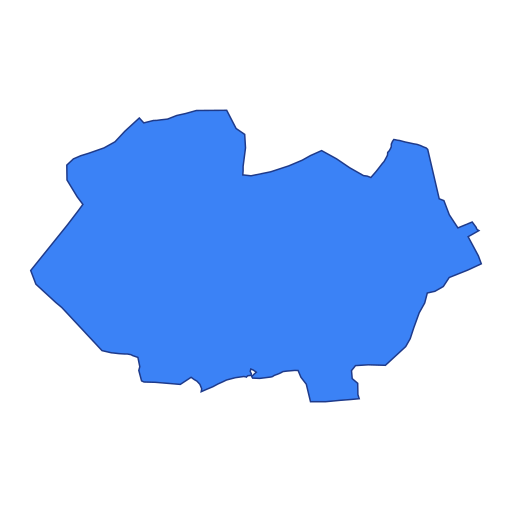 outline of Miga, Jigawa, Nigeria
{"feature_id": "59680162B14319741144045", "entity_name": "Miga", "entity_type": "district", "adm_level": 2, "iso_a3": "NGA", "parent_name": "Nigeria", "parent_adm1": "Jigawa", "projection": "albers", "projection_center": [9.714, 12.229], "detail": "fine", "context": "isolated", "style": "filled", "palette": "blue", "viewbox_px": 512, "rotation_deg": 0, "n_neighbors": 0, "source": "geoboundaries", "source_scale": "gbopen_adm2", "svg_char_len": 2123}
<svg xmlns="http://www.w3.org/2000/svg" viewBox="0 0 512 512"><path d="M359.2,398.7L357.9,394.6L357.7,383.3L352.2,378.6L351.5,370.6L355.5,365.6L368.2,364.8L385.4,365.3L405.7,346.6L410.2,338.7L413.8,327.7L419.2,312.8L424.7,303.0L427.3,293.0L434.9,291.3L443.3,286.5L449.2,277.5L459.2,273.5L467.7,270.1L471.0,268.6L473.1,267.6L481.3,263.8L478.4,255.9L468.1,236.7L478.9,230.6L477.3,229.6L476.5,228.6L476.2,227.4L472.2,222.0L457.9,227.9L449.3,214.8L443.9,200.6L439.2,198.8L427.7,149.4L426.1,147.9L423.4,146.9L420.6,145.6L417.1,144.4L413.6,143.8L409.5,142.9L405.2,142.0L399.6,140.5L397.3,140.2L395.1,139.7L393.8,139.5L392.5,141.4L391.3,144.1L391.3,145.7L391.2,147.0L390.3,148.9L389.2,150.8L387.7,152.4L387.5,155.1L386.4,157.3L385.3,159.3L384.1,161.5L382.4,163.4L380.1,166.4L378.0,169.1L376.1,171.5L370.9,177.5L367.2,176.1L363.5,175.6L349.6,167.7L336.5,158.8L321.6,150.6L310.4,155.6L302.2,160.2L288.7,165.9L270.7,171.8L251.0,175.8L242.8,174.9L243.1,170.8L243.1,166.4L245.5,147.9L244.7,134.4L236.1,128.5L226.7,110.3L196.4,110.5L185.7,113.5L176.7,115.5L167.5,119.1L161.1,119.8L156.8,120.4L153.4,120.5L143.8,122.9L139.3,118.0L124.9,131.2L115.0,141.8L104.0,147.9L88.6,153.3L80.8,155.7L73.4,158.9L66.8,165.1L67.0,180.0L77.2,196.8L82.9,204.4L78.4,210.5L67.5,224.8L30.7,270.5L35.9,284.2L55.8,302.5L61.8,307.5L102.0,350.6L111.4,352.8L113.6,353.0L118.7,353.6L121.6,353.8L125.0,354.0L127.4,354.0L131.1,354.7L132.7,355.6L137.9,357.4L139.8,366.7L138.8,370.4L141.4,380.3L141.6,380.9L144.0,382.0L155.3,382.3L180.3,384.4L191.1,377.3L194.3,379.6L196.9,381.1L199.9,384.3L201.7,388.8L201.2,391.7L206.9,389.2L212.9,386.7L217.9,384.0L223.0,381.7L226.5,380.0L235.3,377.7L243.8,376.5L246.1,376.9L246.4,377.1L247.0,376.4L247.9,375.7L249.1,375.6L251.1,375.3L251.3,373.7L250.2,371.4L250.8,369.0L253.4,370.1L256.3,372.2L253.5,374.7L252.9,375.3L251.7,376.5L252.6,378.1L259.7,378.4L270.9,377.0L272.7,376.5L273.7,375.7L275.6,374.9L277.3,374.3L279.3,373.5L281.2,372.6L282.9,371.6L286.7,371.1L294.8,370.4L298.1,370.5L300.9,377.2L306.3,384.2L310.5,401.7L325.7,401.7L340.4,400.3L350.9,399.5L359.2,398.7Z" fill="#3b82f6" stroke="#1e3a8a" stroke-width="1.5"/></svg>